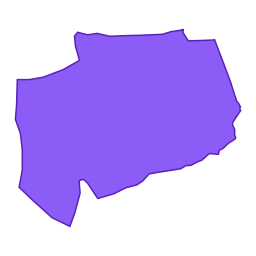 Al Lagowa, South Kordufan, Sudan (Mercator projection)
{"feature_id": "16777658B4481857181861", "entity_name": "Al Lagowa", "entity_type": "district", "adm_level": 2, "iso_a3": "SDN", "parent_name": "Sudan", "parent_adm1": "South Kordufan", "projection": "mercator", "projection_center": [29.243, 11.301], "detail": "fine", "context": "isolated", "style": "filled", "palette": "violet", "viewbox_px": 256, "rotation_deg": 0, "n_neighbors": 0, "source": "geoboundaries", "source_scale": "gbopen_adm2", "svg_char_len": 1684}
<svg xmlns="http://www.w3.org/2000/svg" viewBox="0 0 256 256"><path d="M232.5,88.2L232.4,88.1L232.4,87.9L232.1,86.8L231.9,86.3L231.6,85.4L231.1,83.5L231.0,83.4L230.8,82.5L230.6,82.0L230.4,81.5L229.2,78.3L226.6,71.4L224.6,66.1L221.8,58.6L221.6,58.2L219.0,51.4L217.9,48.5L216.3,44.3L215.9,43.1L214.7,40.1L214.6,39.7L214.0,39.8L213.9,39.8L212.4,40.1L211.2,40.1L205.7,40.3L203.5,40.4L193.6,40.7L190.1,40.8L188.3,40.8L188.1,40.6L183.1,32.7L182.9,32.4L183.3,29.9L183.3,29.6L182.9,29.6L181.9,29.7L181.7,29.7L181.7,29.8L181.6,30.1L171.2,31.6L162.5,34.3L150.9,34.8L139.9,35.3L126.2,35.6L109.9,36.3L97.1,33.4L87.8,34.8L77.6,32.3L74.5,36.1L75.5,46.4L79.5,60.3L63.2,69.6L43.1,77.2L29.3,79.6L17.3,79.6L16.6,104.8L15.4,119.3L20.4,133.5L22.3,149.9L22.3,170.0L19.1,187.3L32.2,199.8L52.0,217.7L69.9,226.4L75.0,212.3L80.1,193.1L79.1,180.7L83.3,179.3L87.4,182.9L92.7,190.9L97.8,198.5L114.3,193.6L125.9,187.7L136.9,184.9L142.9,180.8L149.0,173.9L160.2,172.0L180.7,168.8L185.7,165.7L191.1,165.3L197.2,162.0L201.9,160.2L206.7,155.8L209.4,153.6L218.2,154.3L218.6,153.9L218.9,152.1L219.1,150.4L223.0,148.4L226.9,144.7L228.5,143.2L234.9,139.1L235.7,137.8L234.6,134.9L234.6,134.7L234.7,131.2L234.7,129.5L232.7,125.1L232.5,124.8L232.6,123.5L232.7,122.4L233.6,121.1L237.4,115.3L237.5,115.3L238.5,113.7L240.2,111.2L240.5,110.8L240.6,110.6L240.1,109.3L239.9,108.9L239.8,108.3L240.3,107.0L240.5,106.5L240.4,106.4L240.3,106.6L240.2,106.9L240.0,106.5L240.0,106.3L239.9,106.2L239.7,105.7L239.5,105.4L239.3,104.7L238.9,103.9L237.3,101.7L237.2,101.7L236.7,101.0L234.9,95.7L234.8,95.4L234.4,94.3L234.1,93.3L233.9,92.6L233.2,90.3L232.6,88.6L232.6,88.4L232.5,88.2Z" fill="#8b5cf6" stroke="#5b21b6" stroke-width="1.5"/></svg>